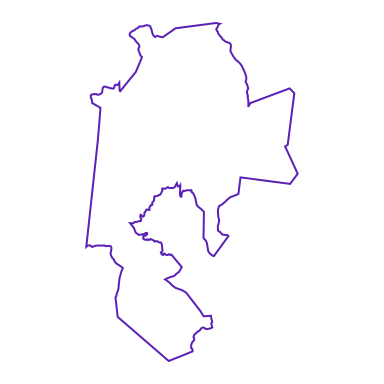 the district of San Miguel Panixtlahuaca, Oaxaca, Mexico
{"feature_id": "50627088B1667917270930", "entity_name": "San Miguel Panixtlahuaca", "entity_type": "district", "adm_level": 2, "iso_a3": "MEX", "parent_name": "Mexico", "parent_adm1": "Oaxaca", "projection": "equal_earth", "projection_center": [-97.405, 16.226], "detail": "fine", "context": "isolated", "style": "outline", "palette": "violet", "viewbox_px": 384, "rotation_deg": 0, "n_neighbors": 0, "source": "geoboundaries", "source_scale": "gbopen_adm2", "svg_char_len": 5944}
<svg xmlns="http://www.w3.org/2000/svg" viewBox="0 0 384 384"><path d="M287.7,144.8L294.3,93.2L289.6,88.4L250.3,103.1L249.6,104.5L248.8,105.7L248.3,106.9L248.4,104.5L248.3,102.6L248.4,101.1L247.6,96.8L248.1,96.2L247.8,95.3L247.3,94.7L247.3,93.9L247.1,93.1L246.9,92.2L247.0,91.4L247.7,89.5L248.1,88.8L248.3,88.0L247.9,87.4L247.1,84.5L246.0,82.6L245.6,81.4L246.0,80.6L246.3,79.1L246.3,77.8L246.1,76.2L245.0,72.9L244.4,71.4L243.7,69.8L242.9,68.4L242.1,66.3L239.8,63.2L236.2,60.0L235.3,59.3L234.5,57.9L233.2,56.2L231.9,53.8L230.8,52.0L230.4,50.5L230.9,46.8L230.9,45.2L230.4,43.8L230.0,43.3L227.5,42.3L225.8,41.7L224.7,41.0L224.1,40.3L223.3,39.9L222.4,39.1L221.7,37.4L220.7,36.7L218.7,34.3L218.1,33.2L217.9,32.1L217.6,31.5L217.1,31.1L216.7,30.4L216.3,29.4L216.3,29.0L216.8,28.2L217.7,26.9L218.5,24.8L218.7,24.4L219.8,23.8L215.9,23.0L175.5,28.3L162.7,37.3L156.8,35.9L155.1,37.0L153.2,35.3L152.4,33.2L151.2,28.6L150.8,28.1L150.5,26.9L150.1,26.3L149.6,25.9L148.6,25.5L147.5,25.3L146.5,25.2L145.3,25.5L144.1,25.9L143.5,26.2L141.9,26.5L139.9,26.4L139.1,26.5L138.2,27.9L137.1,28.3L136.0,28.8L135.2,29.6L133.7,30.7L133.1,30.7L132.5,31.1L130.9,32.2L129.8,33.5L129.7,34.7L129.9,35.7L131.3,36.8L132.7,37.8L134.4,38.9L134.7,39.5L135.7,41.0L137.2,42.7L137.8,43.2L138.7,44.4L139.3,45.8L139.3,47.2L138.6,48.2L138.3,49.3L138.5,50.3L139.1,51.7L140.1,54.6L141.2,56.3L141.9,57.0L141.8,57.8L135.8,72.0L120.2,91.2L119.6,90.5L119.4,85.2L119.3,82.8L118.7,83.9L117.9,84.7L117.3,85.0L116.2,84.7L115.4,84.7L114.8,85.4L114.4,86.5L114.2,87.8L113.7,88.4L113.0,88.6L111.6,88.4L110.9,88.1L110.1,88.3L109.3,87.9L107.8,87.3L107.0,87.3L106.6,87.0L105.3,86.7L104.2,86.6L103.2,87.2L102.8,88.1L102.5,89.0L102.4,90.4L102.2,91.6L102.2,92.2L101.7,93.0L100.6,93.9L99.7,94.4L98.3,94.7L96.9,94.6L96.5,94.2L95.7,94.0L95.2,94.2L94.0,94.0L92.9,94.4L91.5,94.5L90.8,95.6L90.8,96.7L91.0,97.9L91.2,98.6L91.7,99.1L91.8,100.6L92.2,101.6L92.1,103.0L100.5,107.8L98.5,132.7L97.7,141.6L86.3,246.8L87.6,245.7L88.4,245.4L89.6,245.4L90.8,245.7L91.5,246.5L92.3,247.0L95.1,245.8L98.4,245.5L100.6,245.6L104.7,245.5L105.6,246.2L107.5,246.0L108.9,245.9L110.7,246.2L111.4,247.7L111.3,250.0L110.9,251.9L110.5,253.6L111.1,255.6L112.3,257.9L113.5,259.1L114.3,260.6L115.1,262.2L117.0,264.0L118.3,264.7L121.1,266.6L122.7,267.9L122.8,268.6L122.0,269.9L121.4,271.4L119.5,278.4L118.7,285.4L118.6,287.6L118.3,289.4L117.9,290.7L117.1,292.7L116.2,296.2L115.6,297.3L115.5,297.7L117.7,316.9L168.7,361.0L192.6,351.4L192.3,348.9L192.0,348.6L191.5,348.5L191.2,347.9L191.1,346.6L191.3,344.8L191.9,342.9L192.8,341.6L194.2,340.1L194.2,338.3L193.8,337.9L193.5,337.0L193.7,336.4L194.2,334.8L197.4,331.9L198.7,331.0L199.1,330.9L199.8,330.4L200.1,329.9L201.4,328.2L202.3,327.6L203.6,327.6L204.6,328.0L205.2,328.7L206.6,329.2L209.1,328.7L209.6,328.7L210.3,328.3L211.9,327.8L212.3,327.2L211.4,324.3L211.3,323.5L211.5,323.0L212.1,322.3L212.2,321.8L211.1,317.4L210.9,315.8L203.6,316.3L200.5,311.2L186.1,292.6L182.5,290.4L178.5,288.9L175.8,288.0L173.6,286.5L172.0,285.3L170.3,283.3L168.7,282.0L167.4,281.0L165.1,279.4L167.4,278.2L171.0,276.8L173.5,276.2L175.0,275.3L176.3,273.8L178.6,272.2L179.3,271.4L181.8,267.1L171.3,254.5L170.2,255.0L169.6,254.7L169.0,254.2L168.6,254.6L167.7,254.9L166.9,255.1L166.1,254.9L164.7,253.7L164.0,253.6L163.5,253.8L163.2,254.5L163.2,254.9L162.7,254.8L161.9,254.4L161.5,253.9L161.1,253.0L160.9,252.4L161.4,252.2L161.9,251.9L162.3,251.5L162.5,250.7L162.5,249.9L162.3,249.1L162.1,247.1L161.9,244.8L161.7,244.0L161.3,243.1L160.7,242.4L159.7,242.5L158.9,242.3L158.1,241.9L157.8,241.4L157.0,241.4L155.4,241.1L154.9,241.6L154.5,241.5L153.5,240.3L150.3,239.0L149.5,239.9L148.8,239.8L148.2,239.6L147.8,239.6L147.3,240.0L147.0,239.4L145.4,239.8L144.6,239.6L143.9,238.9L143.6,239.0L143.2,238.1L143.3,236.0L143.6,235.9L144.8,235.9L145.4,235.7L145.9,235.4L146.6,234.7L147.2,234.0L147.2,233.2L146.6,232.8L145.8,233.0L144.0,234.0L143.1,234.3L142.0,234.4L140.9,234.5L138.9,235.0L137.1,233.6L136.4,233.3L135.8,232.6L135.3,231.7L133.9,227.9L130.1,223.2L133.4,223.2L134.8,222.0L137.4,221.7L139.4,221.0L140.0,221.2L140.3,221.3L140.8,221.0L141.3,219.7L140.8,218.0L140.5,217.5L140.2,216.3L140.5,214.9L140.7,214.7L141.8,215.5L142.7,216.7L143.0,216.7L143.7,216.2L144.2,215.6L144.4,214.6L144.4,212.8L144.8,212.0L145.1,211.9L145.7,211.1L146.0,210.6L146.2,209.9L146.4,209.6L147.2,209.5L148.2,209.8L149.4,210.0L149.5,209.0L149.4,208.3L149.6,207.0L150.2,206.2L150.6,205.6L150.9,205.1L151.5,205.2L152.3,204.8L152.4,204.2L152.2,203.1L152.3,202.6L153.1,201.5L153.6,201.1L153.9,200.6L154.1,199.6L154.2,197.4L154.4,196.7L154.8,196.1L155.3,196.2L155.9,196.3L157.4,196.0L158.8,195.0L159.6,195.0L160.8,193.9L162.6,189.9L162.2,188.7L163.3,188.5L163.9,188.5L165.5,188.7L167.9,187.1L169.1,187.9L171.0,188.1L171.8,187.9L173.0,188.0L174.1,187.6L174.5,187.2L175.3,186.2L175.7,185.2L176.9,183.2L177.8,186.3L178.8,186.0L179.2,186.5L179.7,186.3L180.1,185.8L180.3,185.4L180.4,186.8L180.0,188.1L180.2,189.7L180.0,192.1L180.0,194.7L180.1,195.7L180.8,196.7L181.3,196.8L181.4,196.4L181.4,195.4L182.0,192.7L182.6,191.6L183.0,191.0L183.5,190.8L184.0,191.1L184.7,190.8L185.4,190.8L186.4,190.4L187.9,190.1L188.5,190.2L189.2,190.4L189.9,190.5L190.3,190.3L191.1,190.1L191.5,190.3L191.7,191.9L191.9,192.5L192.8,192.8L194.2,195.2L194.8,197.0L195.7,199.4L195.8,200.6L196.2,202.3L196.4,203.6L196.8,205.1L198.5,207.0L201.1,209.0L202.7,210.6L203.6,211.7L203.9,211.9L203.5,238.1L205.1,239.7L206.0,241.0L206.9,243.2L208.2,251.0L208.7,251.9L209.2,252.7L210.7,254.2L212.4,255.6L213.1,255.6L213.4,256.0L213.9,256.1L228.4,236.1L227.9,235.5L226.8,234.9L225.7,235.0L224.4,234.9L222.2,234.5L220.2,232.1L219.1,231.4L218.5,231.2L217.9,230.3L217.9,228.9L217.8,226.8L218.1,225.2L218.7,222.9L219.1,220.9L219.0,219.2L218.5,217.9L218.2,215.6L217.9,210.7L218.1,208.9L218.8,206.8L219.4,205.8L220.7,205.3L222.3,204.3L226.3,200.7L227.5,199.4L230.6,197.0L232.0,196.6L238.4,194.0L240.5,177.4L290.1,183.9L297.7,173.8L285.1,146.4L287.7,144.8Z" fill="none" stroke="#5b21b6" stroke-width="2"/></svg>